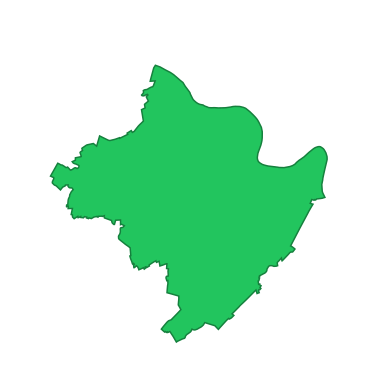 Thuan Thanh, Bắc Ninh, Vietnam, rotated 43°
{"feature_id": "81297802B75512670100174", "entity_name": "Thuan Thanh", "entity_type": "district", "adm_level": 2, "iso_a3": "VNM", "parent_name": "Vietnam", "parent_adm1": "Bắc Ninh", "projection": "equal_earth", "projection_center": [106.073, 21.039], "detail": "fine", "context": "isolated", "style": "filled", "palette": "green", "viewbox_px": 384, "rotation_deg": 43, "n_neighbors": 0, "source": "geoboundaries", "source_scale": "gbopen_adm2", "svg_char_len": 5971}
<svg xmlns="http://www.w3.org/2000/svg" viewBox="0 0 384 384"><g transform="rotate(43 192 192)"><path d="M299.9,274.2L305.0,274.5L304.9,271.7L304.8,262.2L304.9,260.9L305.1,259.4L305.9,259.5L306.4,258.3L306.7,257.1L306.8,253.7L304.4,253.8L304.7,243.6L304.6,242.5L304.9,238.1L305.2,232.5L305.6,220.0L308.8,221.9L309.8,219.8L308.7,219.2L307.9,218.7L307.5,217.9L307.6,217.5L308.2,217.3L308.2,215.6L306.8,215.4L306.5,213.6L306.4,213.4L306.1,213.5L305.7,213.7L305.1,213.7L304.3,213.1L303.7,214.1L301.1,212.0L301.4,211.3L300.2,209.1L299.6,209.2L299.0,208.3L299.3,207.8L298.5,207.2L299.3,205.2L300.1,202.8L300.5,201.8L300.7,200.5L300.5,198.9L300.3,198.4L299.9,198.0L299.4,197.1L299.2,196.3L298.8,194.4L298.9,193.4L299.2,192.8L300.1,191.9L300.8,191.3L302.6,190.5L304.2,188.8L304.6,188.0L304.9,187.5L304.7,187.3L302.6,185.7L302.5,185.4L302.4,184.1L302.5,183.5L302.4,179.3L304.8,181.0L304.9,180.9L305.0,172.6L304.9,169.5L305.1,168.9L305.2,168.6L306.2,167.6L306.5,167.2L306.5,166.7L306.2,163.5L305.3,163.5L302.1,163.8L300.9,164.2L295.5,144.8L291.1,128.2L290.7,126.9L289.5,121.8L288.8,118.4L286.2,119.7L285.3,117.2L284.7,115.8L286.9,114.7L286.9,113.9L287.5,113.7L287.8,113.6L287.9,113.4L287.8,112.3L288.3,111.6L289.5,110.2L291.4,107.9L292.9,105.3L288.5,103.6L287.5,103.1L286.5,102.4L281.8,98.0L280.3,95.6L279.8,94.7L278.2,92.5L276.5,89.7L273.5,84.6L269.2,77.0L268.5,75.9L266.7,74.1L265.4,73.3L263.1,72.0L260.6,71.2L259.5,70.9L258.3,70.8L256.6,71.0L255.2,71.3L254.6,71.6L253.9,72.2L253.3,72.9L252.3,74.6L251.6,76.3L251.2,78.3L250.5,83.3L250.0,89.8L249.2,93.7L248.7,95.7L248.3,99.0L248.3,101.5L247.9,102.9L247.5,104.2L246.2,106.7L242.7,111.4L238.7,114.9L238.2,115.1L229.8,121.2L226.9,122.8L224.8,123.8L222.1,124.4L220.2,124.5L219.4,124.3L218.8,124.1L217.8,123.5L217.1,123.0L216.6,122.6L216.0,121.9L213.9,118.9L213.2,117.4L210.5,111.0L209.1,108.4L208.0,106.6L206.4,104.5L203.3,101.1L202.0,99.8L198.6,97.4L193.9,95.6L192.1,95.0L190.3,94.5L187.6,94.1L184.4,93.9L179.4,93.8L174.1,94.2L171.8,95.1L168.6,96.9L165.4,99.7L163.7,101.5L162.4,103.4L159.4,107.1L158.1,108.5L154.0,112.5L150.9,115.0L148.7,117.2L146.8,118.8L146.4,119.0L144.9,119.5L142.6,120.5L141.6,120.7L140.8,120.8L137.9,122.6L136.2,123.2L134.2,123.6L131.4,123.7L129.8,123.6L128.5,123.2L124.0,121.5L122.8,120.8L121.6,120.5L117.2,119.7L114.9,119.3L110.7,118.1L107.1,118.4L98.7,118.7L94.8,119.3L89.1,120.9L83.4,122.3L78.8,124.3L79.4,127.4L82.1,132.5L85.1,138.2L85.9,139.5L89.3,135.9L91.2,140.4L91.5,141.7L90.6,143.2L89.6,146.0L89.3,147.3L89.1,147.7L87.8,149.4L87.5,150.0L87.2,151.0L88.4,152.0L88.8,152.6L89.0,153.5L89.0,155.5L89.3,155.6L89.8,155.6L90.7,155.0L91.1,154.6L91.5,153.9L91.8,152.8L92.3,151.8L92.7,151.2L92.9,150.9L93.4,151.0L93.7,151.3L93.6,153.1L93.7,153.6L98.1,155.3L97.5,159.9L97.5,160.2L97.7,160.5L100.3,162.4L100.3,162.7L98.9,166.2L108.1,173.3L107.8,178.6L107.8,180.5L108.2,185.5L108.4,187.0L107.7,189.1L105.7,188.5L104.4,193.2L105.7,193.7L102.5,202.0L102.0,201.7L99.8,205.9L96.9,210.3L96.1,210.9L95.2,211.3L86.2,214.0L91.0,223.5L86.8,223.8L83.1,229.1L82.8,229.9L81.7,234.8L81.7,235.1L81.8,235.3L83.6,236.3L83.1,238.8L83.1,239.2L83.2,239.5L86.6,241.4L86.8,241.6L86.8,241.8L83.4,246.5L85.0,248.3L83.7,251.5L85.4,251.8L86.1,251.6L87.4,251.1L87.8,250.8L90.6,249.9L91.3,249.8L91.7,250.1L92.0,250.6L92.2,251.1L92.3,252.4L92.1,253.0L91.8,253.3L90.9,253.4L90.0,253.9L89.6,254.7L89.4,255.4L89.0,257.4L88.5,258.3L88.4,258.7L87.9,258.9L84.1,258.6L83.9,258.7L83.7,259.4L83.1,260.1L81.3,260.3L78.7,260.8L77.6,261.6L75.4,262.1L74.2,262.5L77.7,276.9L81.0,275.8L81.9,276.6L82.1,277.5L82.5,278.2L82.6,279.2L83.6,280.6L86.0,280.8L87.1,280.6L88.4,280.1L94.4,280.2L94.1,276.7L94.6,275.4L95.1,273.9L94.7,273.5L94.7,273.3L96.5,271.3L97.4,272.3L98.3,272.5L99.2,272.5L100.1,272.1L100.8,271.3L101.3,271.0L102.1,271.0L102.9,271.2L103.5,271.3L103.5,273.6L103.6,274.3L104.5,277.4L105.7,279.1L105.9,279.9L106.1,280.7L106.5,281.6L107.2,282.7L109.8,286.0L109.2,287.0L110.0,288.1L110.3,288.3L111.3,286.8L112.7,288.6L115.8,285.6L119.0,290.9L120.1,290.3L121.6,291.7L121.9,291.8L124.0,291.9L125.1,287.7L126.1,288.5L126.5,288.1L127.3,285.8L128.0,286.5L130.2,284.9L130.2,283.3L130.6,283.1L132.2,282.1L132.6,282.9L134.4,282.1L134.3,281.2L136.5,280.1L137.4,277.2L139.2,274.6L139.8,274.9L140.5,274.2L140.2,273.5L142.6,271.1L143.0,271.1L144.0,269.2L144.4,269.9L145.6,270.7L152.6,267.7L153.6,268.4L154.6,269.0L155.4,269.1L156.4,269.1L157.1,269.0L157.4,268.6L157.3,268.4L155.4,264.7L158.8,261.2L162.0,264.6L162.3,263.8L162.5,263.6L163.0,263.5L165.5,262.8L165.6,264.4L165.5,265.0L165.1,265.8L164.4,266.5L164.3,267.2L164.5,267.6L164.8,268.0L166.5,269.7L167.4,271.0L167.8,272.0L168.3,274.2L168.6,274.7L170.0,276.0L171.0,276.3L176.0,275.9L179.0,275.7L182.5,275.2L184.8,275.0L190.7,280.3L190.2,281.2L192.9,282.8L195.5,284.0L197.3,285.1L197.7,285.2L198.0,284.0L199.1,284.2L199.2,285.4L200.9,286.8L201.1,286.2L201.5,286.3L201.7,283.8L203.1,283.8L204.3,284.1L206.2,285.1L208.2,280.5L209.7,281.0L209.9,279.8L208.9,278.7L209.3,278.0L210.3,278.3L211.3,275.2L210.4,274.5L211.8,269.0L212.4,267.4L212.5,266.9L214.0,267.7L215.2,265.1L219.0,268.0L220.5,265.3L222.1,262.1L222.6,261.6L225.6,265.3L227.2,264.3L228.4,266.2L230.5,268.2L231.9,269.7L230.9,271.1L231.0,271.7L231.6,272.6L234.1,274.1L234.7,273.2L237.1,275.7L237.9,277.0L240.7,280.6L242.4,282.7L246.4,280.6L253.3,277.1L255.2,279.1L258.6,283.5L259.1,284.0L259.9,284.2L264.1,285.6L264.1,290.8L264.0,295.9L263.9,299.0L264.0,299.0L263.8,300.0L262.8,301.9L262.6,302.9L262.5,304.3L262.6,306.3L262.8,309.9L263.1,313.2L264.5,313.2L267.5,313.1L267.7,312.2L269.0,312.2L269.2,311.1L270.1,311.3L270.5,310.3L270.9,309.1L276.7,310.5L282.9,312.4L283.2,311.1L284.3,308.3L285.3,305.8L286.2,304.3L286.3,303.9L286.2,303.2L285.5,301.7L285.4,300.6L285.4,299.6L285.8,298.1L286.3,295.3L286.2,294.4L285.5,292.3L286.7,292.0L287.3,291.6L288.0,291.1L288.5,290.4L288.9,289.6L289.3,288.9L289.7,287.6L290.0,286.5L290.5,285.2L290.8,284.0L290.9,283.1L291.0,281.4L290.4,278.8L299.9,274.2Z" fill="#22c55e" stroke="#15803d" stroke-width="1.5"/></g></svg>